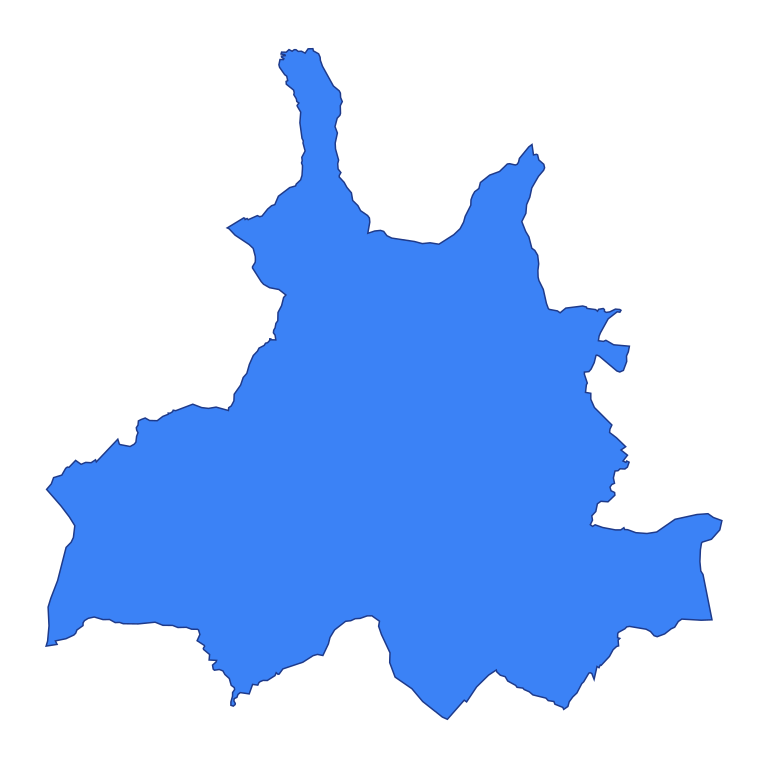 Calugareni, Prahova, Romania (Albers equal-area conic projection)
{"feature_id": "2599482B25191657373311", "entity_name": "Calugareni", "entity_type": "district", "adm_level": 2, "iso_a3": "ROU", "parent_name": "Romania", "parent_adm1": "Prahova", "projection": "albers", "projection_center": [26.374, 45.087], "detail": "fine", "context": "isolated", "style": "filled", "palette": "blue", "viewbox_px": 768, "rotation_deg": 0, "n_neighbors": 0, "source": "geoboundaries", "source_scale": "gbopen_adm2", "svg_char_len": 6044}
<svg xmlns="http://www.w3.org/2000/svg" viewBox="0 0 768 768"><path d="M46.1,646.1L57.1,644.4L55.4,640.9L66.0,638.7L73.9,635.0L75.7,633.2L76.9,630.0L83.0,625.6L83.1,622.8L84.5,620.6L88.3,618.3L94.2,617.0L103.0,619.6L109.6,619.5L115.2,622.6L119.6,622.4L123.2,623.7L138.1,623.9L155.1,622.2L162.9,625.3L172.6,625.4L177.9,627.5L186.4,627.3L191.6,629.2L197.5,629.3L198.5,629.9L199.9,634.5L197.1,640.7L204.3,645.4L204.6,646.3L203.3,648.3L203.6,649.5L209.6,654.5L209.1,660.0L216.6,660.4L216.0,662.0L212.5,665.1L213.2,669.1L214.4,670.2L219.3,669.5L222.9,670.9L224.9,674.5L229.3,678.5L231.2,685.3L234.3,687.6L234.6,689.6L232.6,692.5L232.5,696.2L230.9,702.0L230.9,705.3L233.3,706.1L235.1,704.6L235.3,703.4L233.9,701.0L234.2,698.6L236.9,697.4L238.0,694.4L240.3,692.6L249.2,693.9L252.6,684.4L257.8,685.1L258.9,682.6L260.2,681.6L263.1,680.4L267.3,680.5L275.0,675.6L276.2,672.7L278.0,674.3L279.1,674.1L282.9,668.9L302.9,662.2L313.0,655.7L317.4,654.4L322.9,655.5L328.4,643.9L330.0,637.5L334.6,629.9L345.6,621.3L350.8,620.7L355.2,618.7L360.1,618.4L367.1,615.9L371.9,615.8L379.5,621.2L378.6,626.2L381.4,634.4L390.0,652.8L389.7,662.6L395.1,677.1L411.9,688.7L422.7,701.5L442.4,717.1L447.4,719.3L464.2,700.2L466.6,701.9L476.6,686.9L488.6,675.1L496.3,670.0L496.8,671.9L500.3,675.2L505.2,676.7L507.7,681.0L515.7,685.4L517.0,687.3L522.9,688.1L524.1,689.5L529.3,691.8L532.9,694.9L545.9,698.1L548.2,700.6L553.9,701.5L554.9,704.2L562.8,707.4L563.7,709.4L567.9,706.5L569.2,701.8L572.8,696.9L576.9,693.0L581.8,683.6L583.7,681.8L588.8,673.2L590.1,672.7L591.8,673.5L594.1,679.4L597.0,666.5L599.0,667.7L600.3,665.0L601.2,665.3L609.4,656.5L613.1,649.7L616.6,646.5L618.6,645.9L618.1,640.1L619.8,638.4L617.6,637.7L617.7,633.7L618.4,632.4L624.9,628.8L626.7,626.9L629.5,626.4L646.1,629.2L650.5,631.5L654.1,635.7L657.2,636.7L664.7,633.9L671.2,628.8L674.7,627.2L678.3,621.5L681.8,619.1L701.2,620.2L712.0,619.8L703.0,574.5L700.8,571.0L699.9,561.6L700.4,549.8L701.5,543.1L702.3,542.1L711.5,539.2L719.8,529.9L721.9,520.6L713.4,517.5L708.0,513.7L697.0,514.5L675.0,519.3L656.7,532.0L647.0,533.5L635.9,532.7L627.7,529.7L624.6,529.5L623.9,527.7L620.7,529.9L615.4,529.9L602.7,527.5L595.1,524.8L592.6,526.4L590.3,524.7L592.5,520.2L591.8,515.8L595.8,511.5L597.4,503.8L600.9,501.3L608.0,501.8L614.9,495.2L614.6,492.5L611.0,490.7L610.0,487.1L611.8,484.5L614.5,483.3L613.4,477.9L615.0,471.0L618.0,470.7L620.1,468.8L624.9,469.0L627.4,467.1L629.1,462.2L626.7,461.0L625.9,462.4L623.0,461.0L627.5,455.2L621.0,450.0L625.7,446.7L616.4,437.7L609.6,432.5L609.9,429.3L611.9,425.0L594.4,407.5L590.8,399.3L590.8,393.3L585.5,392.4L586.4,384.7L587.3,383.1L584.4,374.3L584.4,372.1L588.9,371.6L591.1,369.1L594.2,362.7L596.0,355.4L596.9,355.1L599.2,356.1L616.9,371.0L619.8,372.0L623.4,370.4L626.7,361.5L626.5,356.0L628.3,351.9L629.4,346.2L613.7,344.8L605.9,340.3L603.4,341.4L598.4,340.7L599.1,336.1L600.5,332.7L608.2,318.8L617.2,311.8L619.9,312.2L621.0,310.3L619.8,309.5L615.4,309.1L609.7,311.9L606.2,312.4L604.5,311.4L604.4,309.5L603.2,308.5L598.6,309.3L597.5,311.2L595.6,309.6L587.0,308.4L586.4,307.0L582.7,306.0L565.8,308.1L560.1,312.8L557.4,310.9L549.3,309.4L548.3,308.5L546.4,303.3L543.3,289.4L538.9,280.5L538.1,277.1L537.9,270.4L538.7,263.9L537.7,255.3L534.8,250.4L531.8,248.2L528.9,236.9L525.7,231.5L521.8,221.6L525.9,213.3L526.6,204.7L529.8,197.2L531.8,187.9L538.5,176.3L543.6,170.3L544.6,167.8L543.8,164.3L538.8,159.9L537.6,154.9L536.5,154.3L533.5,154.9L532.0,144.5L528.8,146.9L519.4,158.4L518.5,162.2L517.2,164.3L515.3,165.0L509.6,163.7L507.3,164.0L499.5,171.5L489.7,175.1L480.4,182.5L478.9,188.5L474.7,191.7L472.6,195.4L471.0,199.8L470.8,205.2L465.2,216.3L463.6,222.1L460.1,228.7L453.8,234.7L438.9,244.2L430.1,242.8L422.3,243.6L414.5,241.5L391.8,238.1L386.9,235.7L383.7,231.4L380.5,230.4L374.7,231.0L367.8,233.3L369.8,222.1L369.4,218.0L367.6,215.5L360.6,210.7L357.9,205.6L352.7,200.5L351.4,192.8L346.9,187.4L344.1,182.3L339.2,177.0L339.3,175.4L340.9,172.6L338.1,169.0L337.7,163.7L338.6,160.1L335.5,148.9L335.2,143.1L337.4,133.0L335.0,126.6L337.2,118.2L339.9,115.3L340.5,113.4L340.3,105.7L342.3,101.6L340.6,97.5L340.4,93.1L339.2,90.8L333.4,86.0L322.5,66.3L320.4,60.4L320.1,57.2L318.6,53.8L313.4,50.9L312.9,48.7L308.1,48.8L305.1,53.1L301.4,51.2L298.2,51.4L296.0,49.7L294.2,49.7L292.1,51.2L289.0,49.6L286.2,52.2L281.6,52.1L281.0,54.0L284.9,54.7L285.2,55.6L281.4,56.1L281.6,57.2L283.9,58.7L283.4,59.6L280.0,59.5L278.9,64.8L279.6,67.4L284.7,74.7L286.7,76.1L287.7,80.6L286.1,81.4L286.3,84.2L293.6,90.1L294.2,92.7L293.8,94.7L296.3,98.8L296.8,101.5L298.9,103.0L297.1,105.4L297.3,106.3L300.7,112.1L299.9,122.8L302.0,138.3L303.3,140.9L303.0,143.0L305.1,151.0L301.8,157.3L302.2,160.8L301.5,162.9L302.5,165.5L302.4,169.2L302.0,175.4L300.6,179.9L296.2,184.1L295.6,185.9L289.7,187.6L278.4,196.2L274.8,204.6L271.6,205.7L267.7,209.0L262.0,216.1L259.7,216.7L257.4,215.6L248.2,219.7L247.1,218.5L245.1,219.5L244.7,218.2L243.7,217.9L227.2,227.9L229.1,228.8L235.0,235.1L249.1,244.5L253.2,248.4L255.3,256.5L255.4,259.8L255.2,262.3L252.5,266.7L252.5,268.0L261.2,281.6L263.6,284.3L269.6,287.7L278.9,289.5L285.9,295.0L283.6,297.5L281.6,305.6L278.0,312.5L277.8,320.7L275.9,323.4L275.1,327.8L273.7,330.2L273.4,332.8L275.1,335.2L275.8,339.9L271.1,339.8L270.9,338.9L269.8,338.8L269.7,340.4L267.6,342.7L265.5,343.2L264.2,345.4L259.0,348.1L257.5,351.1L253.3,355.5L249.4,364.3L246.8,373.4L243.2,377.5L240.6,385.1L234.2,394.2L233.9,400.9L231.3,405.9L228.7,407.7L228.4,410.5L216.1,407.1L208.5,408.4L201.7,407.6L192.8,404.2L175.7,410.7L173.2,410.2L172.6,411.6L170.2,413.2L168.2,413.1L168.4,414.2L162.8,416.4L157.2,420.7L149.6,420.5L145.2,418.0L141.4,419.4L138.4,420.9L138.0,425.1L136.3,427.7L136.7,430.2L138.0,432.7L136.6,436.3L135.9,442.1L134.2,444.2L130.1,446.5L120.2,444.6L119.3,444.1L117.8,439.2L96.3,461.9L95.5,459.8L91.1,462.7L85.7,462.4L81.1,464.3L75.6,460.4L69.0,467.3L67.3,467.1L65.7,468.3L61.8,475.1L53.6,477.6L51.3,483.9L46.6,489.4L60.8,505.7L69.4,517.0L74.8,525.7L73.4,537.5L71.1,542.3L66.1,547.4L57.6,580.6L50.8,598.3L48.1,607.1L49.0,625.8L47.6,641.1L46.1,646.1Z" fill="#3b82f6" stroke="#1e3a8a" stroke-width="1.5"/></svg>